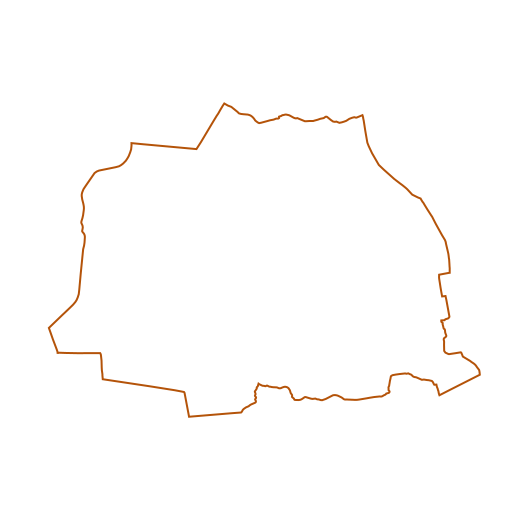 outline of Tulca, Bihor, Romania, rotated 355°
{"feature_id": "2599482B1784153008290", "entity_name": "Tulca", "entity_type": "district", "adm_level": 2, "iso_a3": "ROU", "parent_name": "Romania", "parent_adm1": "Bihor", "projection": "natural_earth1", "projection_center": [21.788, 46.781], "detail": "fine", "context": "isolated", "style": "outline", "palette": "amber", "viewbox_px": 512, "rotation_deg": 355, "n_neighbors": 0, "source": "geoboundaries", "source_scale": "gbopen_adm2", "svg_char_len": 6086}
<svg xmlns="http://www.w3.org/2000/svg" viewBox="0 0 512 512"><g transform="rotate(355 256 256)"><path d="M468.6,393.8L468.6,392.1L468.5,390.1L468.3,388.9L466.5,386.1L465.8,384.8L465.1,383.7L463.8,382.3L462.7,381.4L461.3,380.3L460.4,379.4L453.3,374.2L452.7,372.1L452.0,370.1L451.5,369.8L446.3,370.2L439.7,370.6L439.1,370.4L436.3,368.8L435.3,367.2L435.2,366.8L435.6,360.9L435.7,359.8L435.9,358.0L435.9,357.1L435.7,355.7L435.8,355.4L435.9,354.7L436.2,354.3L436.5,354.1L437.9,353.2L438.4,352.7L438.6,352.2L438.6,351.7L438.4,351.0L438.0,349.6L437.8,348.6L437.8,346.6L437.7,345.9L437.6,345.5L436.8,344.8L436.6,344.4L436.4,342.9L436.2,341.6L436.0,340.6L436.0,340.1L436.0,339.9L436.1,339.5L436.1,338.9L435.7,338.5L435.1,338.0L434.9,337.6L434.9,336.8L435.0,336.3L438.2,336.4L438.9,335.7L439.3,335.5L441.7,335.0L442.2,334.8L443.3,333.6L443.4,333.2L441.8,316.3L441.3,312.4L437.9,312.5L437.5,308.5L437.1,303.6L436.8,299.0L436.5,294.6L436.5,293.2L436.8,290.6L446.9,289.6L447.5,289.6L447.9,285.0L447.9,283.3L448.0,280.5L448.1,276.3L448.0,275.5L447.9,272.3L447.8,270.6L447.5,268.3L446.2,259.3L446.3,258.9L446.2,258.6L445.7,256.7L443.1,251.4L437.9,239.7L437.0,237.5L434.9,232.3L433.9,230.5L430.8,224.6L428.6,220.2L427.2,217.3L426.7,216.7L425.5,214.3L425.0,213.1L422.4,211.8L417.0,208.5L412.5,202.7L411.4,201.5L410.2,200.3L407.9,198.1L405.5,196.0L400.4,191.3L390.9,181.2L386.3,176.0L380.6,163.8L378.6,158.4L377.8,156.2L376.8,152.8L375.8,141.1L375.1,130.6L374.8,128.3L374.8,127.7L374.6,126.2L374.3,125.0L368.2,126.9L367.4,126.8L366.0,126.3L363.7,126.7L360.9,127.5L357.7,129.2L355.5,129.8L353.2,130.3L350.7,130.6L348.9,129.7L347.8,129.1L346.7,129.2L345.7,129.1L344.4,128.7L342.3,126.9L338.9,123.6L338.4,123.4L337.8,123.3L337.2,123.5L336.0,124.2L335.5,124.5L333.1,124.8L332.1,124.9L329.4,125.6L326.1,126.2L324.7,126.5L321.6,126.2L317.5,126.1L316.4,126.0L309.1,122.2L308.1,122.4L307.2,122.3L305.7,121.6L302.0,119.1L301.1,118.6L299.9,118.2L298.2,117.7L297.2,117.7L295.5,118.0L294.5,118.0L293.6,118.6L291.1,119.2L291.0,120.6L290.3,121.0L289.1,121.0L288.1,120.9L287.3,121.1L286.4,121.4L285.2,121.7L281.9,122.0L279.4,122.5L272.7,123.7L270.7,123.9L269.5,123.2L268.0,121.9L267.0,120.9L266.4,119.7L265.5,118.3L264.7,117.3L263.9,116.5L263.1,115.8L262.3,115.3L261.2,114.8L260.1,114.4L256.0,113.7L253.5,113.2L251.9,112.6L251.3,112.3L250.3,111.0L244.4,105.3L243.4,104.8L241.1,103.7L237.7,101.3L236.0,103.4L233.2,107.3L230.8,110.8L229.0,113.0L225.4,117.9L211.1,137.7L206.0,144.3L153.1,134.8L141.8,132.7L141.6,135.2L140.9,138.9L139.7,141.8L137.9,145.4L136.3,147.7L134.6,149.8L131.7,152.3L129.5,153.7L127.3,154.7L123.9,155.3L107.1,157.2L104.8,157.9L102.4,159.3L92.7,171.0L90.2,174.1L89.6,175.1L88.9,176.5L88.4,177.5L87.8,179.3L87.6,181.0L87.7,182.5L87.8,184.4L88.5,188.6L88.7,190.4L88.8,192.0L88.7,193.7L88.4,195.4L87.3,200.3L86.4,203.1L85.3,205.8L85.0,206.7L84.9,207.2L84.9,207.9L85.8,210.5L85.9,211.4L85.9,212.7L85.5,214.2L85.1,215.5L85.0,216.3L85.5,217.3L86.2,218.2L86.7,219.1L87.1,220.4L87.2,221.6L87.1,222.8L86.8,224.7L86.6,226.1L86.3,227.9L85.6,230.8L84.4,234.2L79.8,258.6L77.0,274.2L76.1,278.6L74.8,281.7L73.4,284.3L72.0,286.1L69.6,288.5L65.2,292.1L57.4,298.3L50.6,303.8L43.4,309.6L44.6,314.2L46.4,321.3L49.3,331.6L49.9,334.1L49.9,335.2L50.2,335.2L50.5,335.3L50.7,335.1L57.9,336.0L69.2,337.2L92.3,339.2L92.8,340.4L92.9,341.9L93.0,346.8L92.9,348.4L92.6,353.5L92.5,356.4L92.7,360.4L92.6,361.6L92.6,365.4L138.7,376.5L163.2,382.6L169.3,384.3L172.4,385.2L172.7,385.7L172.9,386.2L175.3,410.3L218.8,410.5L226.0,410.6L227.5,410.6L228.3,409.9L229.1,408.7L229.4,408.2L229.7,407.9L230.6,407.2L231.5,406.7L232.9,405.9L235.4,405.1L235.9,404.8L236.9,404.1L238.1,403.5L239.3,403.1L242.3,402.1L242.5,402.0L242.9,401.7L243.1,401.4L243.2,401.2L243.2,400.9L243.2,400.4L243.1,400.0L242.7,399.2L242.6,398.8L242.7,398.6L242.8,398.4L243.6,397.5L243.7,397.2L243.7,396.9L243.6,396.5L243.0,395.8L242.9,395.6L242.9,395.3L242.8,395.0L242.9,394.8L243.0,394.5L243.3,394.0L243.5,393.7L243.5,393.3L243.5,392.9L243.3,392.2L243.1,391.5L243.0,391.1L243.1,390.8L243.2,390.6L244.0,389.7L245.0,388.4L245.2,388.1L245.2,387.6L245.2,387.4L245.3,387.0L245.5,386.7L246.3,386.1L246.5,385.8L246.8,384.9L247.4,383.4L248.2,384.1L251.1,385.8L252.8,386.1L253.8,386.5L254.4,386.5L255.1,386.1L255.9,386.1L256.9,386.7L257.7,387.2L258.3,387.4L259.2,387.5L260.1,387.9L262.2,388.3L264.8,388.6L265.8,388.9L267.0,389.6L267.6,389.8L268.4,389.9L269.3,389.8L270.4,389.4L271.8,389.0L272.9,388.8L273.6,388.8L274.4,389.0L275.3,389.3L276.2,389.9L277.1,390.8L277.2,391.2L278.0,392.6L278.2,393.4L278.5,395.0L278.8,396.0L279.4,396.8L279.8,397.6L279.8,398.5L279.7,399.0L279.6,399.4L279.8,399.8L280.2,400.2L280.9,400.9L281.3,401.3L281.5,401.9L281.6,402.3L281.9,402.6L282.4,402.8L284.8,403.1L285.8,403.2L286.5,403.2L287.6,403.1L288.6,402.8L289.7,402.3L292.1,400.9L292.7,400.8L293.3,400.9L298.3,402.9L299.0,403.1L299.9,403.3L302.6,403.2L303.0,403.3L303.7,403.8L304.6,404.1L305.3,404.3L305.9,404.3L306.8,404.7L307.7,405.1L308.5,405.3L309.4,405.4L313.0,404.5L320.4,401.5L321.1,401.4L322.1,401.4L323.0,401.5L324.5,401.9L325.6,402.4L327.3,403.4L328.8,404.3L329.8,405.1L330.9,406.2L331.7,406.6L332.5,406.8L333.3,406.8L340.2,407.7L342.3,408.0L344.4,408.1L346.4,408.0L354.0,407.4L357.2,407.1L361.4,406.8L366.9,406.7L368.2,406.9L368.7,406.9L369.6,406.7L371.2,405.9L372.5,405.5L373.3,405.0L373.8,404.4L376.0,404.0L376.6,403.8L377.0,403.4L377.2,402.9L377.2,402.4L376.4,401.3L376.4,400.8L376.5,399.6L376.5,398.7L376.6,398.2L377.0,397.5L377.3,397.0L377.5,396.1L378.0,394.2L378.6,391.8L379.0,390.7L379.4,389.4L379.7,388.2L380.0,387.5L380.8,387.0L381.8,386.6L385.0,386.3L388.8,386.1L394.4,386.0L395.2,386.3L395.7,386.4L397.5,386.2L398.6,386.9L399.2,387.2L400.2,387.7L400.6,388.0L401.0,388.6L401.9,389.6L402.5,390.0L403.3,390.4L404.3,390.6L405.2,390.9L407.6,392.2L409.2,393.1L410.5,393.8L412.2,393.7L412.9,393.8L413.6,394.0L415.6,394.5L417.3,394.8L420.3,395.8L420.7,396.3L421.2,397.0L421.5,397.7L421.9,398.9L422.4,399.8L424.5,399.8L424.8,402.1L425.4,404.0L425.6,405.4L425.9,406.3L426.1,408.4L426.4,410.0L426.6,410.7L437.2,406.4L468.6,393.8Z" fill="none" stroke="#b45309" stroke-width="2"/></g></svg>